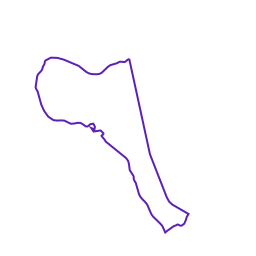 SVG path tracing the border of Negros Oriental, rotated 133°
{"feature_id": "PHL-2516", "entity_name": "Negros Oriental", "entity_type": "Province", "adm_level": 1, "iso_a3": "PHL", "parent_name": "Philippines", "parent_adm1": "", "projection": "robinson", "projection_center": [123.114, 9.74], "detail": "fine", "context": "isolated", "style": "outline", "palette": "violet", "viewbox_px": 256, "rotation_deg": 133, "n_neighbors": 0, "source": "natural_earth", "source_scale": "10m", "svg_char_len": 1307}
<svg xmlns="http://www.w3.org/2000/svg" viewBox="0 0 256 256"><g transform="rotate(133 128 128)"><path d="M179.0,29.5L176.2,36.2L175.9,39.5L175.7,49.4L175.0,52.4L170.9,61.8L170.4,65.3L170.3,68.9L169.9,71.9L169.0,74.6L162.9,84.8L161.8,88.5L160.8,89.6L159.9,90.4L159.4,91.2L157.6,98.0L153.8,102.6L152.0,105.4L151.3,108.8L153.1,134.7L152.3,138.3L152.2,139.8L151.8,142.0L150.8,142.1L149.6,141.7L148.6,142.4L148.5,146.4L154.0,150.7L153.1,154.8L151.9,151.6L149.6,153.1L148.5,156.3L150.8,158.1L154.5,158.6L155.7,160.2L155.9,162.8L156.7,166.2L158.6,168.4L161.4,170.4L163.9,172.7L166.0,179.6L168.3,182.4L171.0,185.0L173.1,187.9L174.1,194.1L172.7,201.0L170.1,207.3L162.8,219.2L162.2,221.6L161.1,223.5L151.9,229.8L150.1,230.4L145.4,230.4L143.8,230.7L141.1,232.1L138.2,232.7L136.1,234.1L134.9,234.4L129.2,232.4L124.9,227.5L121.7,221.4L116.2,206.4L115.4,196.3L114.6,193.6L113.1,191.0L109.9,187.4L107.6,185.6L105.4,184.9L96.6,184.4L93.9,183.7L88.1,180.2L86.2,179.7L85.0,179.1L83.9,177.9L83.0,176.5L82.1,175.5L80.5,175.0L78.7,174.9L77.3,174.4L77.0,173.7L132.2,94.1L152.2,52.5L153.8,47.7L153.8,43.3L149.6,25.1L152.9,24.4L156.2,22.8L159.6,21.6L162.8,22.2L163.4,22.7L163.8,23.3L164.0,24.0L164.2,24.8L164.6,25.8L165.1,26.1L165.8,26.2L169.0,27.7L176.5,29.2L179.0,29.5Z" fill="none" stroke="#5b21b6" stroke-width="2"/></g></svg>